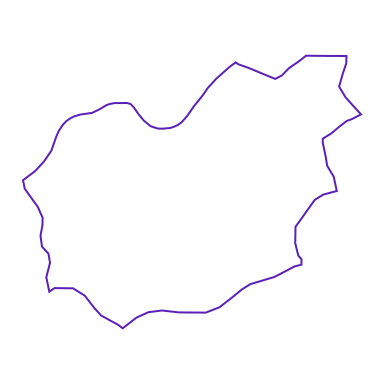 Toksong, Hamgyŏng-namdo, North Korea (Natural Earth projection)
{"feature_id": "82179303B35188226848964", "entity_name": "Toksong", "entity_type": "district", "adm_level": 2, "iso_a3": "PRK", "parent_name": "North Korea", "parent_adm1": "Hamgyŏng-namdo", "projection": "natural_earth1", "projection_center": [128.228, 40.466], "detail": "fine", "context": "isolated", "style": "outline", "palette": "violet", "viewbox_px": 384, "rotation_deg": 0, "n_neighbors": 0, "source": "geoboundaries", "source_scale": "gbopen_adm2", "svg_char_len": 1386}
<svg xmlns="http://www.w3.org/2000/svg" viewBox="0 0 384 384"><path d="M235.6,62.4L229.2,67.2L216.3,78.7L207.6,88.2L202.7,95.4L194.5,105.5L187.1,116.1L181.5,122.4L177.7,125.1L173.6,126.9L170.1,128.0L162.4,128.7L157.7,128.5L150.6,126.2L143.8,120.6L138.3,113.9L133.6,107.1L130.6,104.0L127.0,103.0L114.2,103.1L110.3,103.9L106.9,104.9L99.3,109.4L92.1,112.9L80.5,114.5L73.6,116.6L69.9,118.6L66.3,121.1L63.2,124.4L58.9,130.7L56.1,137.1L51.4,150.6L43.9,161.6L35.1,171.1L23.0,180.2L24.8,188.8L31.3,197.9L37.8,206.9L42.6,217.8L42.5,225.0L40.5,235.8L42.0,246.6L48.5,253.8L50.0,262.9L46.3,277.3L49.3,291.7L54.5,288.1L73.0,288.3L84.7,295.6L94.5,308.2L101.1,315.5L111.1,321.0L117.8,324.6L122.7,328.3L136.5,317.6L148.4,312.2L162.0,310.5L178.8,312.4L190.6,312.5L205.8,312.6L219.4,307.3L233.2,296.6L241.8,289.5L250.4,284.1L262.2,280.6L274.1,277.1L284.4,271.8L294.6,266.4L301.4,264.7L301.5,260.2L301.5,259.3L298.3,255.6L295.2,243.0L295.4,234.0L295.5,226.8L300.7,219.6L314.7,199.9L323.2,194.6L330.0,192.8L331.8,192.3L336.8,191.0L333.7,176.6L327.2,165.8L325.7,156.7L324.2,149.5L322.7,142.3L322.8,138.7L331.3,133.4L339.9,126.2L346.8,120.9L351.9,119.1L361.0,114.4L353.8,106.5L345.6,97.4L339.1,86.6L342.7,74.0L346.3,63.2L346.5,56.0L324.6,55.9L314.5,55.8L306.0,55.7L299.2,61.1L288.9,68.2L282.0,75.4L275.2,78.9L261.8,73.4L248.5,67.9L238.4,64.3L235.6,62.4Z" fill="none" stroke="#5b21b6" stroke-width="2"/></svg>